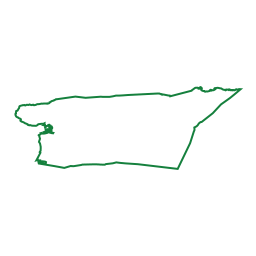 Stjørdal nor, Nord-Trøndelag, Norway (Natural Earth projection)
{"feature_id": "86288312B10441547296233", "entity_name": "Stjørdal nor", "entity_type": "district", "adm_level": 2, "iso_a3": "NOR", "parent_name": "Norway", "parent_adm1": "Nord-Trøndelag", "projection": "natural_earth1", "projection_center": [11.003, 63.463], "detail": "fine", "context": "isolated", "style": "outline", "palette": "green", "viewbox_px": 256, "rotation_deg": 0, "n_neighbors": 0, "source": "geoboundaries", "source_scale": "gbopen_adm2", "svg_char_len": 5361}
<svg xmlns="http://www.w3.org/2000/svg" viewBox="0 0 256 256"><path d="M240.6,89.2L239.1,89.1L238.5,89.3L238.3,89.4L237.1,89.6L236.9,89.6L236.6,89.4L236.3,89.3L236.2,89.5L235.9,89.7L235.2,89.8L234.9,90.2L234.3,90.3L233.4,90.0L232.9,90.3L232.5,90.3L232.4,90.3L232.4,90.0L232.2,90.0L231.2,90.0L230.7,90.2L230.3,89.9L229.5,89.4L229.1,89.4L228.8,89.4L228.6,89.6L228.8,89.8L229.4,89.7L229.4,89.9L229.1,90.1L228.8,90.1L227.9,89.7L226.8,89.5L226.2,89.6L226.2,90.0L225.7,90.3L225.4,90.3L224.8,89.9L223.5,89.7L222.5,89.3L221.4,88.5L220.9,88.4L220.1,88.3L218.3,87.9L217.6,87.8L214.7,88.2L214.4,88.5L214.6,88.8L215.2,89.0L215.3,89.2L214.0,90.0L213.5,90.2L212.4,90.3L211.2,89.9L210.5,89.8L210.3,89.9L210.2,90.0L210.4,90.2L210.7,90.3L211.3,90.1L211.6,90.1L211.6,90.5L211.2,90.7L210.0,90.7L209.5,91.0L207.5,91.5L206.6,91.4L205.2,91.7L204.6,91.5L204.4,91.0L203.3,91.0L202.9,90.9L202.1,90.6L201.4,90.1L201.2,89.8L201.2,89.7L201.8,88.8L201.8,88.2L201.1,87.4L200.7,87.2L200.3,87.1L200.1,87.4L200.5,87.8L200.2,88.4L200.1,88.5L199.8,88.5L199.4,88.7L199.0,88.8L198.7,88.7L198.8,88.5L199.2,88.3L199.1,88.1L198.8,88.0L198.1,87.9L197.6,87.7L197.1,87.8L196.7,87.7L195.4,87.8L194.8,88.1L192.8,89.6L191.9,90.2L191.6,90.7L170.1,96.3L169.8,95.6L168.4,95.5L163.4,94.5L163.0,94.5L162.4,94.7L161.4,94.5L161.3,94.4L161.4,94.1L159.9,93.8L159.3,93.5L158.0,93.5L128.1,95.0L122.7,95.4L119.0,95.6L116.0,95.6L113.0,96.3L109.3,96.9L106.6,96.9L103.0,96.9L100.9,96.7L85.6,97.8L75.4,96.6L57.0,99.2L56.1,99.2L56.0,99.4L54.9,99.9L54.2,100.1L53.9,100.5L51.4,101.2L50.6,102.0L49.6,102.3L49.6,102.5L49.5,102.9L49.1,103.2L48.5,103.4L47.5,103.7L47.3,103.7L47.1,103.4L46.3,103.6L45.7,103.5L44.9,103.5L44.4,103.5L42.4,103.7L41.7,103.6L38.7,104.2L38.2,104.1L37.2,104.2L35.7,104.9L34.2,105.2L33.5,105.1L33.4,104.8L33.2,104.7L31.2,105.1L30.2,104.7L29.7,104.7L29.4,104.5L28.9,104.8L28.2,105.0L27.5,104.8L26.8,104.8L26.3,104.9L25.6,105.4L25.0,105.4L24.4,105.0L23.6,105.2L23.0,105.1L22.2,105.4L21.5,105.5L20.0,106.0L19.6,106.2L19.2,107.1L19.2,107.6L19.1,108.0L18.9,108.4L18.3,109.1L18.1,109.7L17.7,110.2L17.5,110.6L17.2,110.8L16.7,110.8L16.3,110.9L15.9,112.2L16.0,113.2L16.0,113.5L15.5,113.8L15.4,114.0L15.5,114.4L15.5,115.0L16.0,116.1L16.2,116.5L17.0,117.1L18.1,117.5L18.5,118.0L20.4,118.8L20.9,119.3L20.9,119.7L20.8,120.1L20.6,120.2L20.5,120.4L20.4,120.7L20.7,121.0L21.5,121.6L22.6,121.9L23.7,122.4L24.6,122.9L24.9,123.2L26.6,123.8L27.0,124.0L27.7,124.3L27.8,124.5L27.8,124.8L28.5,125.1L29.4,125.3L29.7,125.1L30.1,125.1L30.6,125.2L31.2,125.5L32.5,125.7L35.8,125.8L36.4,125.7L36.9,125.4L37.6,125.0L37.9,124.5L38.5,124.2L41.5,123.8L43.4,123.8L44.6,123.2L44.6,123.3L44.6,123.6L44.8,123.6L44.4,123.8L44.0,124.2L44.6,124.4L45.0,124.8L45.0,125.0L44.6,125.1L44.6,125.3L44.3,125.4L44.7,125.5L45.2,125.9L45.5,126.0L46.1,126.0L46.3,126.2L45.7,126.4L45.4,126.6L45.0,127.2L45.1,127.5L45.2,127.4L45.2,127.1L45.7,127.0L46.0,126.8L47.5,125.8L48.1,125.8L48.3,125.7L47.7,125.7L48.0,125.3L48.5,125.4L48.5,125.6L48.5,125.4L48.3,125.1L49.1,124.7L49.4,124.8L49.5,125.4L50.6,126.3L50.8,126.4L51.5,126.3L51.7,126.6L51.7,126.9L51.9,127.0L52.0,127.1L52.2,127.6L52.2,128.1L52.0,128.5L51.5,129.0L51.3,129.3L51.2,129.4L50.2,129.3L50.0,129.2L50.3,128.8L50.3,128.6L50.6,128.1L50.6,127.2L50.3,126.8L50.4,127.0L50.2,126.9L49.9,126.9L49.7,126.9L49.7,127.1L49.7,126.9L49.3,126.4L49.4,126.2L49.1,126.3L48.9,126.1L49.1,126.5L49.3,126.7L49.4,127.0L49.2,127.2L48.9,127.0L49.3,127.6L49.4,128.1L49.5,128.6L49.4,129.2L49.1,129.3L47.1,129.2L47.0,129.4L46.3,129.4L45.6,129.6L45.6,129.8L46.2,129.8L46.3,130.1L46.6,130.2L48.5,130.3L48.5,130.6L48.0,131.7L46.3,131.7L45.6,131.8L45.6,131.7L45.5,131.8L42.6,132.3L46.4,131.7L48.0,131.7L49.7,132.0L49.6,131.9L49.6,131.4L49.8,131.0L50.1,130.6L49.9,130.5L50.1,130.5L50.2,130.3L51.2,130.3L51.5,130.4L51.5,130.9L51.2,131.3L50.8,131.5L50.8,131.9L50.4,132.1L50.7,132.2L51.2,131.8L51.3,131.7L51.5,131.7L52.1,132.0L51.8,132.0L52.0,132.2L51.4,131.7L51.2,131.8L51.0,132.0L51.2,132.3L51.3,132.6L52.2,132.8L53.3,132.9L53.1,133.3L51.5,133.1L49.4,132.5L47.6,132.3L46.7,132.3L46.8,132.4L47.0,132.4L47.2,132.5L47.2,132.8L47.0,133.0L46.7,133.0L45.6,133.3L43.9,133.6L41.5,133.6L41.3,133.3L41.8,133.1L41.5,132.9L40.9,133.1L41.0,133.2L41.2,133.3L41.4,133.6L40.7,133.8L40.6,134.0L40.1,134.5L39.0,134.9L38.7,135.2L39.3,136.0L39.4,136.7L40.0,138.8L39.3,140.8L39.0,141.9L39.1,142.0L39.5,142.7L40.0,143.4L40.7,146.8L40.7,148.2L40.6,150.8L40.4,151.0L39.7,152.1L40.4,152.8L36.4,160.3L37.9,159.8L38.1,160.5L40.2,160.4L40.2,160.7L38.8,160.9L38.2,160.9L38.8,163.5L54.4,166.1L64.3,167.9L70.7,166.0L71.2,166.0L72.0,166.2L72.6,166.1L73.2,166.2L74.2,166.1L81.1,165.0L82.4,164.6L94.6,164.3L98.2,164.4L100.7,164.6L104.8,164.7L105.9,164.1L112.8,163.3L116.3,162.4L120.2,162.9L125.8,163.4L137.9,164.2L177.7,168.9L190.1,143.2L193.8,131.6L194.4,130.3L194.5,129.5L194.4,128.3L194.4,128.0L194.8,127.4L194.7,127.3L196.6,126.3L197.8,125.1L198.8,123.5L200.5,122.1L201.6,122.0L212.8,113.2L221.0,104.4L230.0,98.0L234.3,94.5L240.6,89.2ZM43.4,161.4L45.0,161.6L46.0,162.1L45.8,163.2L45.5,163.5L45.1,163.6L44.8,163.9L44.4,163.9L44.1,163.9L43.9,163.6L42.5,163.2L42.2,162.7L41.4,162.4L41.2,162.3L41.3,162.1L41.6,162.0L41.8,161.7L41.8,161.4L42.3,161.5L42.4,161.3L43.4,161.4ZM42.1,163.6L39.9,163.6L39.0,162.9L38.9,162.0L39.8,161.7L40.4,161.8L41.0,162.1L41.3,162.4L41.6,162.6L41.8,162.8L42.3,163.0L42.5,163.2L42.1,163.6Z" fill="none" stroke="#15803d" stroke-width="2"/></svg>